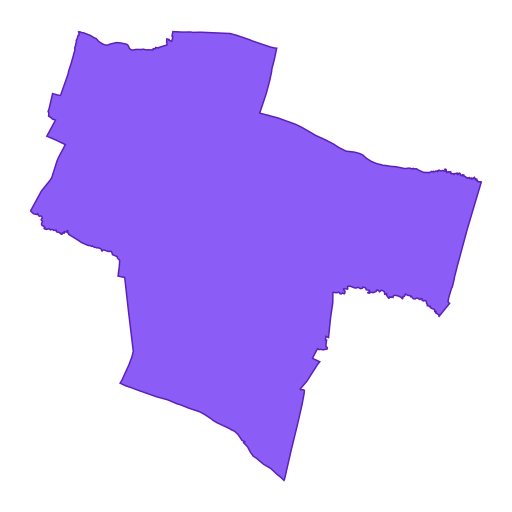 outline of Vela, Dolj, Romania
{"feature_id": "2599482B98796919429095", "entity_name": "Vela", "entity_type": "district", "adm_level": 2, "iso_a3": "ROU", "parent_name": "Romania", "parent_adm1": "Dolj", "projection": "orthographic", "projection_center": [23.395, 44.274], "detail": "fine", "context": "isolated", "style": "filled", "palette": "violet", "viewbox_px": 512, "rotation_deg": 0, "n_neighbors": 0, "source": "geoboundaries", "source_scale": "gbopen_adm2", "svg_char_len": 5931}
<svg xmlns="http://www.w3.org/2000/svg" viewBox="0 0 512 512"><path d="M284.0,480.4L284.7,478.6L291.2,450.1L297.7,423.6L302.1,404.3L304.1,393.6L304.4,390.5L304.2,390.2L302.8,389.7L300.7,389.8L300.2,389.0L306.8,381.3L317.9,364.0L319.8,361.8L312.4,358.3L317.5,348.7L318.2,348.8L318.9,349.6L321.3,349.4L322.7,349.8L324.1,349.7L324.8,349.3L326.4,349.3L327.1,349.0L327.3,347.8L325.8,346.0L326.6,340.2L325.5,340.1L325.9,336.4L328.5,337.5L330.7,316.7L332.8,302.7L332.9,292.5L333.8,292.3L336.1,292.8L338.8,292.3L339.4,292.6L340.0,293.7L340.5,293.9L341.2,293.9L342.5,293.0L344.2,293.8L344.8,293.2L345.0,291.3L344.8,290.9L343.6,289.7L343.5,289.1L343.8,288.8L345.4,288.8L347.5,289.2L347.7,288.8L347.6,286.5L348.6,286.1L350.8,286.4L354.5,287.9L356.4,288.0L356.9,287.6L358.2,287.4L360.7,288.7L362.4,288.2L362.9,287.0L365.1,287.7L366.0,288.5L366.1,289.7L369.5,290.4L369.1,291.8L367.8,292.6L367.9,292.9L369.1,293.2L369.5,293.2L370.9,292.1L373.1,292.7L376.2,291.4L376.4,291.0L376.4,290.3L376.7,290.1L378.4,290.3L379.2,291.5L379.6,291.8L381.3,290.3L381.9,290.4L384.2,291.5L384.5,292.3L384.6,294.1L384.9,294.4L386.6,293.7L386.8,294.0L386.6,295.4L388.7,298.2L389.5,297.9L389.7,297.0L391.2,297.3L391.3,296.9L391.6,296.8L393.0,297.4L393.2,296.1L394.8,295.2L398.0,295.9L400.1,296.8L401.3,297.5L402.0,298.5L402.5,298.7L402.9,298.0L403.0,296.5L404.1,296.5L405.1,295.1L405.3,294.1L405.7,294.1L407.4,295.2L409.9,295.7L410.5,296.1L410.7,296.6L411.3,296.2L412.4,297.8L413.5,298.8L415.2,298.9L416.6,298.0L417.3,298.0L419.8,299.5L420.4,299.2L420.9,298.5L422.3,299.1L422.0,300.0L422.3,300.5L423.7,301.0L425.0,300.5L426.1,301.1L426.6,302.6L426.6,303.6L427.4,304.4L427.2,305.3L427.3,305.7L428.6,305.7L429.5,306.7L430.3,306.4L430.5,307.5L430.8,307.9L432.0,308.6L434.0,309.2L434.8,310.4L434.7,311.5L435.7,311.4L436.1,311.7L436.1,312.0L435.7,312.5L435.8,312.9L439.3,315.0L438.8,315.8L439.1,316.3L449.6,303.4L448.0,301.8L448.5,298.9L449.3,295.6L451.4,288.6L452.3,286.9L454.1,279.5L454.4,277.5L457.4,265.7L467.4,228.7L481.3,182.0L480.9,181.7L480.2,182.0L479.6,181.7L478.8,181.9L478.5,181.5L477.7,181.4L477.4,181.1L477.4,180.6L476.4,180.3L476.8,179.4L475.6,179.4L475.8,178.8L475.6,178.4L474.3,178.4L474.2,177.5L472.1,179.1L471.7,179.0L471.6,178.1L470.9,178.5L469.6,178.5L469.7,177.8L469.5,177.6L468.7,177.6L467.7,178.2L467.0,177.7L466.2,177.8L465.6,176.6L464.1,176.1L463.8,175.2L463.3,175.7L462.6,175.6L462.4,175.3L462.7,174.8L462.4,174.7L461.9,175.4L461.9,175.7L460.9,175.4L460.5,174.9L460.4,173.9L459.5,173.1L458.5,173.5L458.6,174.1L457.6,174.6L457.1,174.1L457.0,173.1L455.9,173.5L454.8,173.5L454.0,174.4L453.5,173.7L451.0,173.7L450.6,173.3L451.0,172.3L450.5,171.7L449.6,172.0L448.9,171.6L448.3,172.1L447.6,171.9L446.8,172.5L446.3,171.7L446.3,170.0L445.9,169.4L445.1,169.1L444.7,169.4L445.3,170.1L445.3,170.7L445.0,171.0L444.2,171.1L442.5,170.5L441.4,170.9L440.1,170.8L439.5,170.2L438.9,170.2L437.9,170.6L437.9,171.3L437.6,171.6L436.9,171.0L436.0,171.0L434.1,171.8L433.5,171.3L432.5,171.9L431.6,171.4L430.7,172.1L430.2,172.1L429.5,172.6L429.0,172.4L428.4,172.9L427.1,172.3L425.5,172.7L425.2,172.3L423.9,172.5L418.9,170.3L416.3,168.7L414.2,168.9L413.3,168.4L412.7,168.9L412.1,168.6L411.4,168.8L410.5,168.3L408.7,168.1L405.0,168.6L395.8,166.7L391.1,166.4L385.3,165.4L383.1,165.4L380.3,164.4L379.0,164.3L375.3,163.1L371.0,161.2L366.3,158.2L362.7,154.9L359.0,153.3L354.3,152.1L345.9,151.1L343.2,149.7L338.8,147.5L333.6,144.1L326.0,140.1L315.8,135.5L301.9,127.4L296.0,124.5L278.1,118.0L259.7,113.1L266.3,93.4L269.6,81.1L271.5,72.2L271.9,68.9L274.5,58.8L276.7,48.2L274.7,48.0L270.4,47.0L253.6,41.4L249.5,39.7L236.0,35.1L229.9,33.5L200.6,32.2L192.8,32.4L190.8,32.0L182.6,32.1L172.9,31.6L172.0,36.1L172.7,36.5L172.5,38.5L171.7,41.3L169.0,40.3L169.1,39.5L166.8,38.9L166.6,41.8L166.6,42.5L167.0,43.1L166.9,45.0L160.3,47.0L158.8,47.5L158.6,47.9L155.6,47.5L155.3,48.7L153.2,48.7L152.9,49.9L145.9,49.8L143.4,49.2L140.8,49.5L136.2,49.4L132.4,50.1L131.8,50.0L129.8,48.9L129.2,48.0L128.3,45.7L127.1,44.5L125.4,43.9L120.4,42.9L116.3,42.6L110.0,44.1L107.7,45.1L105.4,45.1L103.5,44.4L98.8,41.6L96.3,38.7L93.1,37.2L90.7,35.6L83.5,32.8L81.2,32.5L80.3,31.9L78.6,31.9L79.2,34.2L79.2,34.8L78.2,35.2L76.8,39.6L76.2,40.3L76.4,41.9L76.2,42.5L75.6,44.5L75.8,45.2L75.0,46.6L74.8,47.8L74.8,50.3L71.3,62.9L68.8,70.6L68.0,74.2L60.7,94.9L60.3,95.3L59.2,95.4L52.6,93.6L49.0,109.1L48.1,111.3L48.8,113.3L48.6,116.2L50.2,117.1L53.0,119.5L54.1,119.4L55.5,120.1L46.8,136.2L54.9,139.6L65.3,144.6L58.4,157.7L57.1,160.7L51.8,177.5L50.2,180.1L41.4,191.0L30.9,210.3L30.7,211.1L33.4,213.7L36.5,214.5L36.9,214.4L37.3,213.8L37.8,213.7L38.1,214.2L38.1,214.8L38.7,215.8L39.4,216.2L40.8,215.9L41.6,216.4L42.2,217.5L42.2,218.4L41.7,218.7L41.2,219.5L41.4,220.3L42.6,221.4L41.6,223.3L41.5,224.2L42.0,225.4L42.4,225.8L43.5,225.8L43.9,226.6L44.8,227.2L45.0,227.6L44.1,228.4L44.4,228.8L46.2,229.4L47.9,229.1L49.0,228.5L50.4,229.9L51.9,229.4L53.1,229.8L53.7,230.4L56.0,230.0L56.3,230.5L56.2,231.3L56.7,231.9L59.1,232.4L61.4,234.3L61.9,234.2L62.5,233.4L62.5,232.9L64.1,233.2L64.3,232.8L64.2,231.7L64.3,231.6L66.4,232.1L67.3,230.5L67.7,230.6L67.7,232.5L67.9,233.0L68.7,233.4L68.7,234.4L77.8,240.0L81.4,242.5L88.3,245.5L89.9,245.5L91.7,246.4L92.4,246.0L93.7,246.9L95.0,247.4L95.9,247.4L96.8,247.9L97.7,247.7L100.0,248.4L101.4,249.3L101.6,250.6L102.1,251.0L103.2,250.0L104.1,250.0L108.0,251.4L109.8,251.5L110.9,251.2L112.1,252.8L112.2,253.9L112.6,254.7L117.1,256.6L117.6,258.3L119.5,260.2L119.7,260.6L119.2,267.6L118.5,272.0L118.1,276.1L124.7,277.5L128.5,311.4L133.3,351.4L131.9,356.9L128.8,365.1L122.0,380.0L120.1,383.2L125.7,385.8L131.4,387.7L139.6,390.8L156.3,396.7L167.6,399.8L177.3,403.9L180.5,404.8L188.9,408.2L199.7,411.8L205.0,414.7L211.6,419.1L213.2,420.5L217.5,423.0L229.7,428.7L231.2,429.7L234.6,431.3L237.9,434.3L241.9,440.3L244.8,441.8L243.6,442.7L247.6,446.9L250.4,452.2L253.3,456.2L256.1,458.0L263.5,464.2L270.9,468.6L277.4,474.7L280.2,476.8L284.0,480.4Z" fill="#8b5cf6" stroke="#5b21b6" stroke-width="1.5"/></svg>